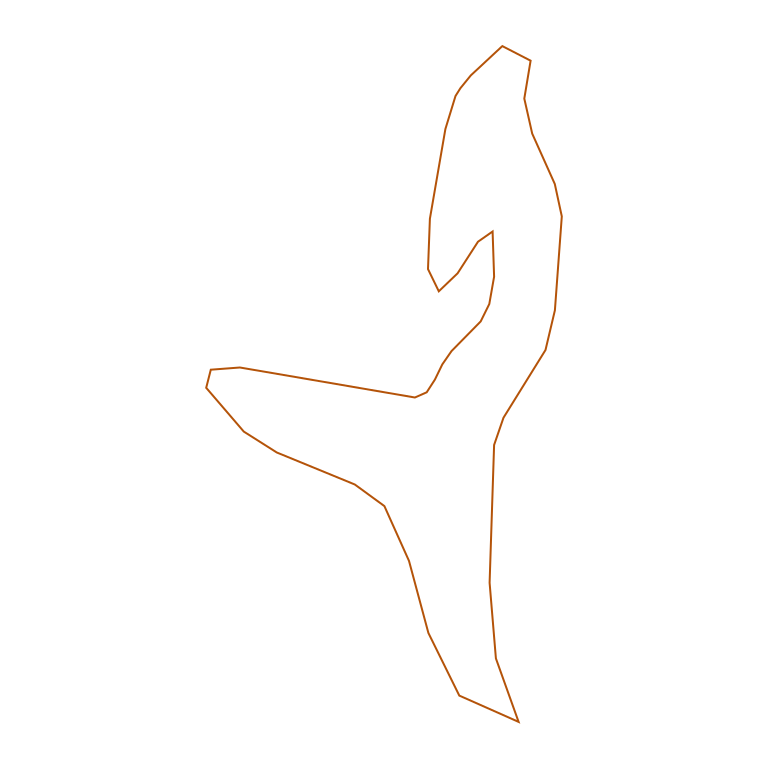 the border of South Eleuthera
{"feature_id": "BHS-5029", "entity_name": "South Eleuthera", "entity_type": "District", "adm_level": 1, "iso_a3": "BHS", "parent_name": "The Bahamas", "parent_adm1": "", "projection": "albers", "projection_center": [-76.202, 24.817], "detail": "fine", "context": "isolated", "style": "outline", "palette": "amber", "viewbox_px": 768, "rotation_deg": 0, "n_neighbors": 0, "source": "natural_earth", "source_scale": "10m", "svg_char_len": 624}
<svg xmlns="http://www.w3.org/2000/svg" viewBox="0 0 768 768"><path d="M530.6,60.7L524.3,98.6L532.2,133.6L554.8,184.0L561.8,216.4L554.9,310.3L545.5,350.0L503.5,417.7L494.1,445.0L489.6,582.8L495.9,658.4L518.6,721.9L459.3,695.6L428.4,633.0L409.0,560.9L384.4,506.1L354.8,484.5L276.8,452.5L243.8,431.6L206.2,387.8L210.8,369.7L239.9,367.5L414.9,397.5L426.7,392.3L434.9,379.6L442.3,364.4L451.5,351.1L480.7,321.4L489.3,304.0L494.1,276.7L492.6,231.5L478.0,241.7L457.6,273.3L438.8,291.3L428.0,269.1L429.9,218.7L445.4,129.0L455.5,96.0L460.4,88.2L470.8,75.4L502.3,46.1L530.6,60.7Z" fill="none" stroke="#b45309" stroke-width="2"/></svg>